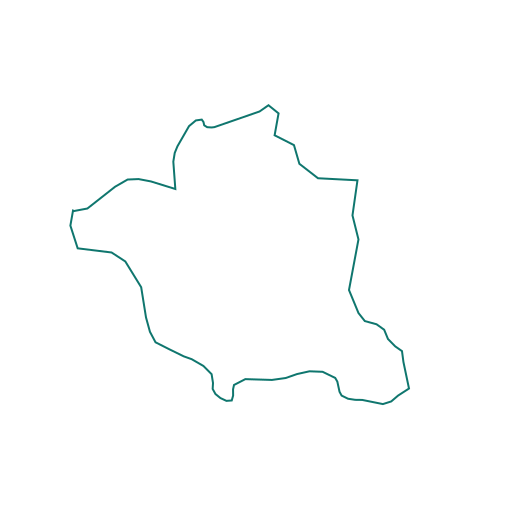 the border of Nebbi, rotated 109°
{"feature_id": "UGA-3084", "entity_name": "Nebbi", "entity_type": "District", "adm_level": 1, "iso_a3": "UGA", "parent_name": "Uganda", "parent_adm1": "", "projection": "robinson", "projection_center": [31.298, 2.468], "detail": "fine", "context": "isolated", "style": "outline", "palette": "teal", "viewbox_px": 512, "rotation_deg": 109, "n_neighbors": 0, "source": "natural_earth", "source_scale": "10m", "svg_char_len": 1107}
<svg xmlns="http://www.w3.org/2000/svg" viewBox="0 0 512 512"><g transform="rotate(109 256 256)"><path d="M185.0,366.4L177.9,366.0L155.0,361.6L147.4,357.0L144.7,351.7L146.4,349.3L149.3,347.5L150.1,344.1L148.9,339.8L147.7,337.3L118.2,299.7L109.4,293.3L113.8,281.1L135.8,277.7L138.8,256.2L154.7,245.0L162.3,222.7L151.4,184.7L186.2,178.0L207.0,164.5L257.9,157.0L276.6,140.5L282.1,131.9L281.3,119.8L284.0,110.8L291.5,104.2L296.1,95.0L298.4,87.0L308.2,82.1L331.5,68.2L341.7,76.2L349.5,80.8L354.7,87.8L357.5,108.7L359.7,115.4L361.0,122.5L360.1,129.6L357.2,132.8L348.3,138.2L345.5,141.4L343.8,155.3L347.6,167.9L354.3,178.8L361.7,188.2L368.0,200.6L375.9,226.0L385.1,234.8L389.5,234.3L395.4,232.2L400.5,231.9L402.6,236.8L401.9,243.4L399.7,249.4L395.8,253.7L390.1,255.3L382.2,259.5L377.1,269.9L374.5,283.2L374.4,291.7L372.4,307.7L370.3,322.9L362.2,331.6L349.9,340.0L322.9,354.4L303.7,377.8L299.7,393.7L306.8,427.1L287.7,441.4L272.6,443.8L272.7,442.6L271.8,441.1L266.0,430.9L236.4,411.8L225.5,402.3L221.5,392.1L219.7,379.6L218.9,354.1L193.7,364.9L185.0,366.4Z" fill="none" stroke="#0f766e" stroke-width="2"/></g></svg>